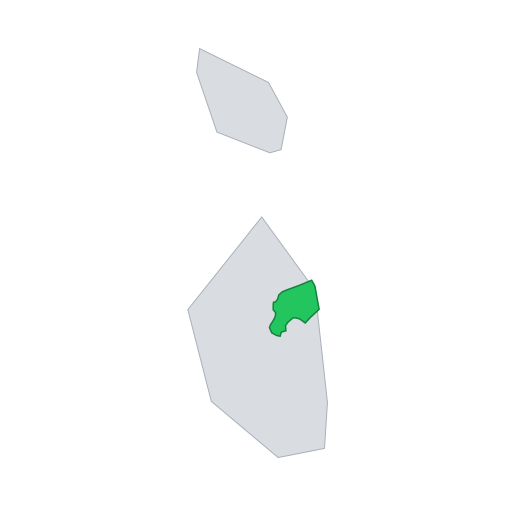 Malta, with Naxxar highlighted, rotated 39°
{"feature_id": "MLT-5928", "entity_name": "Naxxar", "entity_type": "state/province", "adm_level": 1, "iso_a3": "MLT", "parent_name": "Malta", "parent_adm1": "", "projection": "albers", "projection_center": [14.439, 35.933], "detail": "fine", "context": "in_parent", "style": "filled", "palette": "green", "viewbox_px": 512, "rotation_deg": 39, "n_neighbors": 0, "source": "natural_earth", "source_scale": "10m", "svg_char_len": 795}
<svg xmlns="http://www.w3.org/2000/svg" viewBox="0 0 512 512"><g transform="rotate(39 256 256)"><path d="M430.3,362.4L400.0,398.7L312.8,397.1L236.8,340.6L235.9,222.1L323.6,245.6L403.8,325.0L430.3,362.4ZM201.8,167.1L147.7,184.3L94.2,150.6L81.7,130.3L156.6,113.3L193.0,128.4L208.5,157.5L201.8,167.1Z" fill="#d9dde1" stroke="#a8b0b8" stroke-width="1"/><path d="M314.5,239.8L320.7,242.3L338.6,257.7L336.9,269.8L336.4,277.1L329.7,277.4L325.7,279.1L323.6,281.0L322.5,287.3L322.8,291.6L326.3,295.3L323.6,299.2L325.2,303.2L322.0,304.8L316.6,305.8L311.5,303.2L310.5,300.2L310.2,296.9L309.7,293.6L308.9,290.6L307.0,287.7L303.2,287.0L300.0,283.0L298.7,281.0L300.0,279.4L300.0,276.1L298.2,271.8L299.0,267.2L301.9,261.9L307.5,252.6L314.5,239.8Z" fill="#22c55e" stroke="#15803d" stroke-width="1.5"/></g></svg>